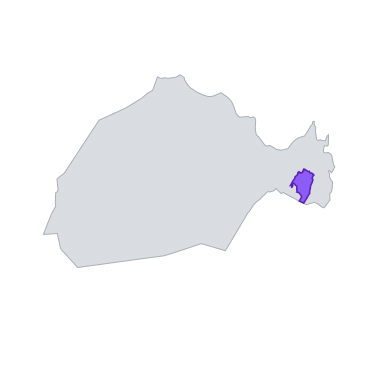 Ouallam, Tillabéri, Niger shown in context, rotated 211°
{"feature_id": "23599985B18642698649368", "entity_name": "Ouallam", "entity_type": "district", "adm_level": 2, "iso_a3": "NER", "parent_name": "Niger", "parent_adm1": "Tillabéri", "projection": "equal_earth", "projection_center": [2.332, 14.566], "detail": "fine", "context": "in_parent", "style": "filled", "palette": "violet", "viewbox_px": 384, "rotation_deg": 211, "n_neighbors": 0, "source": "geoboundaries", "source_scale": "gbopen_adm2", "svg_char_len": 4203}
<svg xmlns="http://www.w3.org/2000/svg" viewBox="0 0 384 384"><g transform="rotate(211 192 192)"><path d="M280.9,273.0L278.0,273.1L276.4,273.8L274.4,275.8L272.1,276.6L269.4,278.4L267.7,279.9L266.0,281.0L263.8,283.8L263.1,286.0L260.8,286.4L257.7,286.0L255.6,283.9L250.9,281.6L247.9,280.7L246.5,280.5L239.3,280.1L231.8,281.0L227.9,282.0L227.2,282.2L225.0,283.6L223.2,285.1L218.3,292.0L211.8,291.7L208.0,291.0L204.7,289.9L200.0,286.7L194.3,281.8L192.1,281.1L190.1,280.7L189.5,280.8L182.7,285.7L181.4,285.6L179.8,286.1L178.8,287.3L178.0,287.9L177.2,288.0L176.1,287.8L175.1,287.0L174.0,285.7L171.2,280.2L170.6,279.3L169.4,277.7L167.4,275.2L166.0,274.0L165.2,273.7L164.2,273.9L158.8,271.8L153.3,269.5L152.1,269.8L151.3,270.2L149.4,271.9L147.2,272.2L144.4,272.1L142.8,271.9L140.3,272.4L138.7,273.1L136.5,274.2L133.7,277.3L132.9,277.7L132.2,278.3L131.3,286.8L130.5,289.3L129.1,292.7L126.3,296.0L124.4,297.9L124.3,300.6L124.2,304.9L124.2,307.8L124.3,309.8L124.0,310.7L123.8,311.5L124.0,312.8L124.4,313.4L124.7,314.2L124.5,314.8L123.6,315.6L122.6,313.7L121.3,312.3L119.9,311.7L118.9,310.7L118.4,309.3L116.6,306.6L112.3,301.3L111.8,301.2L111.1,301.0L109.9,301.6L109.2,302.5L108.6,302.9L107.9,302.9L105.8,303.6L104.2,304.4L104.2,305.1L104.9,309.2L104.6,311.3L103.8,310.3L101.5,306.3L99.9,303.3L99.6,302.6L99.4,301.6L99.5,301.1L100.2,300.8L101.6,300.4L101.9,300.1L102.0,299.3L101.8,297.7L100.9,295.7L100.1,294.3L99.6,294.0L98.7,294.0L97.7,294.1L95.9,295.8L95.1,296.1L93.3,296.0L91.6,295.7L90.6,294.8L87.6,291.5L84.2,287.9L82.8,287.4L82.5,287.1L82.3,284.3L82.3,281.1L82.5,280.2L83.9,280.7L85.4,281.0L85.9,280.4L84.7,279.2L83.0,278.0L82.4,276.3L81.9,275.7L81.1,275.0L80.2,274.7L79.4,274.2L78.8,273.7L77.8,273.4L76.7,273.1L75.2,270.2L73.8,267.4L72.9,265.2L72.6,263.9L73.1,261.6L72.6,260.7L71.0,258.4L69.6,256.3L70.0,253.0L70.3,250.3L70.3,248.5L70.5,247.6L70.7,246.5L71.6,246.1L73.9,246.1L78.4,246.6L82.0,246.1L84.7,243.0L87.5,240.0L91.7,239.7L96.3,239.3L99.8,239.2L105.1,238.9L109.3,238.7L114.1,238.5L114.3,237.1L114.6,236.7L115.1,236.7L118.6,237.5L122.0,238.2L122.3,235.5L125.2,232.2L126.9,231.5L127.3,230.9L127.8,229.8L128.2,228.0L128.3,226.8L128.9,225.8L129.4,223.9L130.0,220.6L131.6,217.1L132.6,212.4L132.7,207.9L132.9,204.4L133.3,203.7L133.3,197.6L133.3,191.4L133.2,186.2L133.2,179.8L133.2,174.1L133.1,168.0L133.1,162.5L133.1,158.9L136.4,158.0L139.9,157.1L145.1,155.8L150.6,154.3L156.6,152.8L158.0,151.9L162.5,146.6L164.5,144.2L168.6,139.5L171.7,135.9L175.6,131.3L179.8,126.6L183.1,122.9L188.4,118.7L196.3,112.4L204.2,106.1L212.0,99.8L219.9,93.5L227.7,87.2L235.5,80.9L243.3,74.7L251.1,68.4L259.1,70.8L266.7,73.1L274.4,75.3L276.3,76.6L280.4,81.0L285.8,86.8L286.0,86.9L286.3,86.9L291.1,83.5L297.5,79.1L299.6,91.0L301.2,101.2L301.4,107.8L301.6,109.5L302.1,110.6L303.3,111.8L308.5,121.2L307.5,122.9L308.3,125.8L309.6,127.1L313.8,132.7L314.4,133.8L314.2,134.7L311.5,141.4L311.1,143.0L310.8,151.5L310.6,157.5L310.2,165.8L309.9,175.7L309.5,184.0L309.1,195.1L308.7,205.6L304.8,211.3L297.7,221.6L292.0,229.9L289.1,235.5L283.5,246.4L281.1,253.5L279.1,257.2L278.1,258.8L279.1,264.0L280.9,273.0Z" fill="#d9dde1" stroke="#a8b0b8" stroke-width="1"/><path d="M90.4,245.6L90.3,246.6L90.5,246.7L90.5,251.8L91.1,252.2L92.5,256.0L92.5,256.4L93.4,257.9L93.7,260.1L94.2,263.4L94.6,264.5L95.0,265.2L96.3,265.8L96.4,268.7L96.2,269.3L97.0,269.3L97.4,269.3L97.8,269.9L99.3,269.8L99.5,269.4L100.9,269.3L102.0,270.2L103.0,269.4L104.8,269.4L106.7,269.6L107.1,269.4L107.3,269.4L107.7,269.4L107.9,269.4L108.1,269.0L108.0,268.5L107.3,268.5L107.2,267.7L107.8,267.2L107.9,266.8L107.4,266.1L107.4,265.4L108.1,265.0L108.6,264.3L108.9,264.6L110.6,264.5L110.2,263.7L110.2,263.4L111.2,263.3L111.1,262.4L110.5,261.7L110.7,260.5L111.5,258.0L111.1,257.1L110.9,256.3L111.2,253.8L111.2,252.5L111.1,251.5L111.0,248.2L110.4,248.7L109.9,248.8L109.3,248.2L109.2,247.5L108.9,247.4L108.7,247.8L108.7,248.5L109.0,249.8L109.3,249.9L109.6,249.7L109.8,249.7L109.8,251.3L109.4,251.9L108.3,251.7L106.8,251.1L105.0,250.9L104.1,249.3L104.0,248.8L103.2,247.7L102.6,247.1L102.2,246.5L102.2,245.9L101.6,246.0L100.4,246.4L100.0,246.5L99.0,246.0L97.4,245.6L96.2,244.9L95.4,243.5L95.4,239.5L90.5,240.0L90.4,245.6Z" fill="#8b5cf6" stroke="#5b21b6" stroke-width="1.5"/></g></svg>